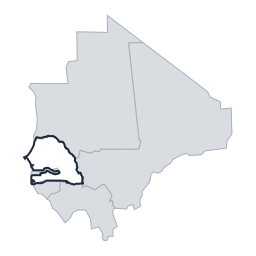 Senegal shown with its bordering countries
{"feature_id": "SEN", "entity_name": "Senegal", "entity_type": "country or territory", "adm_level": 0, "iso_a3": "SEN", "parent_name": "Africa", "parent_adm1": "", "projection": "natural_earth1", "projection_center": [-14.381, 14.503], "detail": "fine", "context": "with_neighbors", "style": "outline", "palette": "slate", "viewbox_px": 256, "rotation_deg": 0, "n_neighbors": 5, "source": "natural_earth", "source_scale": "50m", "svg_char_len": 4844}
<svg xmlns="http://www.w3.org/2000/svg" viewBox="0 0 256 256"><path d="M82.3,187.3L81.3,175.4L77.7,172.2L75.3,158.9L78.6,156.8L80.1,150.2L89.9,153.1L95.2,150.9L98.9,151.6L100.3,149.1L138.7,149.0L140.7,141.1L139.0,139.7L128.5,42.8L142.9,42.6L207.6,91.6L210.0,96.9L220.4,101.9L220.7,109.1L231.2,108.0L231.9,133.8L226.9,141.3L226.3,148.2L204.8,150.9L201.3,154.9L189.1,155.4L186.7,153.3L181.5,154.9L172.6,159.5L170.8,163.0L163.5,168.0L162.2,170.9L158.2,173.2L153.6,171.7L151.0,174.4L149.6,182.1L142.1,191.4L142.4,195.2L139.8,199.9L140.5,206.4L134.3,209.5L132.8,204.7L128.3,205.7L126.6,209.0L115.2,208.2L112.3,205.0L112.8,201.7L111.6,200.4L109.5,201.5L111.9,195.0L104.6,184.7L102.7,184.4L94.7,189.9L86.3,185.8L82.3,187.3Z" fill="#d9dde1" stroke="#a8b0b8" stroke-width="1"/><path d="M28.8,87.3L30.9,83.5L67.9,83.6L66.1,67.4L68.4,61.6L77.2,60.6L76.8,31.8L107.5,32.4L107.3,15.4L142.9,42.6L128.5,42.8L139.0,139.7L140.7,141.1L138.7,149.0L100.3,149.1L98.9,151.6L95.2,150.9L89.9,153.1L80.1,150.2L78.6,156.8L75.3,158.9L63.2,142.9L52.3,136.7L47.0,136.8L42.4,139.2L37.6,138.3L34.4,141.9L33.5,135.8L36.2,130.3L37.4,119.7L35.3,103.1L36.2,97.5L33.8,92.1L28.8,87.3Z" fill="#d9dde1" stroke="#a8b0b8" stroke-width="1"/><path d="M60.7,181.6L72.3,184.5L81.7,183.2L82.3,187.3L86.3,185.8L94.7,189.9L102.7,184.4L104.6,184.7L111.9,195.0L109.5,201.5L111.6,200.4L112.8,201.7L112.3,205.0L115.2,208.2L113.3,209.1L112.6,212.9L117.2,226.5L112.8,229.4L113.0,236.4L108.7,236.1L106.8,240.6L104.0,240.6L102.2,238.2L102.8,233.7L98.7,226.9L91.5,229.0L90.4,218.7L85.6,210.0L77.9,210.0L73.0,212.4L70.3,217.9L65.1,222.8L57.2,211.8L52.3,208.1L49.8,200.7L47.0,198.9L51.3,193.5L54.2,193.7L60.3,190.3L59.5,186.6L60.7,181.6Z" fill="#d9dde1" stroke="#a8b0b8" stroke-width="1"/><path d="M32.2,183.9L43.0,181.1L60.7,181.6L59.5,186.6L60.3,190.3L54.2,193.7L51.3,193.5L47.0,198.9L41.9,194.2L37.9,193.5L32.2,183.9Z" fill="#d9dde1" stroke="#a8b0b8" stroke-width="1"/><path d="M31.9,170.3L42.3,170.0L44.5,167.3L47.5,167.2L51.3,169.9L57.4,168.1L59.3,171.3L55.2,173.8L46.9,171.3L39.4,175.5L30.6,175.3L31.9,170.3Z" fill="#d9dde1" stroke="#a8b0b8" stroke-width="1"/><path d="M74.3,156.7L75.2,158.5L75.0,159.4L74.8,160.6L75.3,161.6L75.9,162.2L76.3,162.7L76.8,163.5L76.9,165.0L76.8,166.1L77.1,166.6L77.4,167.2L77.3,167.7L77.2,168.1L76.6,168.8L76.5,169.9L77.4,171.3L78.0,172.0L78.0,172.4L78.2,172.9L78.6,173.4L78.9,173.3L79.2,172.9L79.3,172.6L80.1,172.7L80.5,172.8L81.0,173.7L81.2,174.3L81.3,175.1L81.9,176.0L82.4,176.7L82.4,177.1L82.9,177.6L82.6,178.9L82.6,179.5L82.4,181.1L82.3,181.9L82.3,182.2L83.0,182.8L82.9,183.6L82.3,183.5L81.1,183.4L78.9,183.8L78.1,183.7L76.6,183.7L75.6,184.0L74.3,184.5L73.2,184.4L72.7,183.9L71.9,184.0L71.1,183.7L70.2,183.3L69.4,183.1L68.5,182.3L68.1,182.2L67.8,182.4L67.6,182.7L67.3,182.8L66.9,182.7L66.7,182.2L66.8,181.7L66.9,181.3L66.7,181.1L66.1,181.0L65.3,181.0L63.9,180.9L63.6,180.8L60.5,180.6L57.2,180.6L54.5,180.6L51.1,180.6L48.7,180.6L46.4,180.6L44.7,181.6L42.8,182.7L40.2,183.3L37.3,183.0L36.4,183.2L35.4,183.7L34.7,184.1L33.7,184.3L32.4,184.1L31.9,184.2L31.5,183.7L31.2,182.9L31.4,182.3L32.2,181.9L33.4,181.4L34.0,181.7L34.4,181.7L34.4,181.3L34.3,181.2L33.4,180.7L33.0,180.2L32.6,180.5L32.2,181.2L32.0,181.4L31.6,181.6L31.3,181.1L31.2,180.7L31.4,180.3L31.3,178.3L31.4,177.2L31.4,176.3L32.0,175.6L32.5,175.2L34.6,175.2L36.5,175.2L38.4,175.2L40.3,175.2L40.5,173.3L41.1,173.2L42.0,173.0L43.7,172.8L45.5,172.5L45.9,172.2L46.3,171.5L46.5,171.0L46.8,170.7L47.4,170.9L48.1,171.2L48.8,171.7L49.6,172.1L50.1,172.4L51.4,173.0L53.7,174.0L55.5,174.3L57.7,173.7L59.3,173.2L59.5,172.4L59.3,171.6L58.1,170.9L56.5,171.0L56.0,171.2L55.2,171.4L54.7,171.5L54.0,171.3L53.0,170.7L52.4,170.1L51.5,169.8L50.5,169.5L48.9,168.2L48.1,167.9L47.3,167.9L45.7,168.1L44.2,168.8L43.4,170.4L41.9,170.4L38.7,170.3L35.8,170.3L33.3,170.4L33.1,169.3L32.5,168.3L31.6,167.6L31.4,166.8L31.7,166.2L32.6,165.7L32.8,165.3L32.3,165.4L31.6,165.7L31.1,165.7L31.1,164.7L30.3,163.4L29.4,161.3L28.4,160.4L27.6,158.6L26.7,157.9L25.9,157.6L25.2,157.7L24.9,158.5L24.1,157.3L25.2,156.9L27.8,155.4L30.7,151.3L33.3,146.3L33.7,145.2L34.0,144.3L34.2,142.3L34.6,141.1L34.9,140.8L35.4,139.9L35.9,138.3L36.5,137.4L37.2,137.2L37.7,137.3L38.1,137.6L39.2,137.9L41.0,137.9L42.4,137.7L43.4,137.1L44.7,136.8L46.3,136.8L47.2,136.6L47.2,136.1L47.4,136.0L47.8,136.2L48.1,136.1L48.4,135.8L48.7,135.8L49.0,136.0L50.3,136.1L52.8,136.0L55.0,136.9L57.0,138.7L58.1,139.9L58.2,140.5L58.5,141.1L59.1,141.7L59.7,141.8L60.2,141.4L60.6,141.5L60.9,141.9L61.4,142.0L62.1,141.8L62.6,141.9L62.6,142.1L62.7,142.3L63.1,142.3L63.5,142.7L64.1,143.7L64.6,145.0L64.9,146.7L65.4,147.7L66.0,147.8L66.4,148.2L66.5,148.6L66.6,148.9L66.9,149.0L67.5,148.9L68.1,149.5L68.7,150.8L68.8,151.3L68.7,151.6L68.8,151.9L69.2,152.1L69.6,152.5L69.9,153.1L70.7,153.7L71.8,154.1L72.6,154.9L73.1,155.8L74.1,156.6L74.3,156.7Z" fill="none" stroke="#1e293b" stroke-width="2"/></svg>